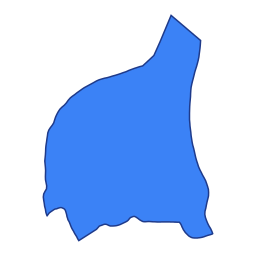 Nisab, Shabwah, Yemen (Natural Earth projection)
{"feature_id": "15242507B68873122709220", "entity_name": "Nisab", "entity_type": "district", "adm_level": 2, "iso_a3": "YEM", "parent_name": "Yemen", "parent_adm1": "Shabwah", "projection": "natural_earth1", "projection_center": [46.477, 14.534], "detail": "fine", "context": "isolated", "style": "filled", "palette": "blue", "viewbox_px": 256, "rotation_deg": 0, "n_neighbors": 0, "source": "geoboundaries", "source_scale": "gbopen_adm2", "svg_char_len": 3443}
<svg xmlns="http://www.w3.org/2000/svg" viewBox="0 0 256 256"><path d="M78.8,240.6L96.5,229.3L99.4,226.0L99.8,225.9L101.3,225.4L102.4,225.0L103.6,224.5L104.9,224.2L106.0,224.3L107.1,224.6L108.1,225.1L109.2,225.6L110.4,226.0L111.7,226.0L112.9,226.0L114.2,225.9L115.4,225.8L116.7,225.6L117.8,225.3L118.8,225.0L120.0,224.6L121.3,224.0L122.6,223.4L123.8,222.8L124.9,222.3L126.1,221.7L127.3,221.0L128.3,220.1L129.0,219.2L129.8,218.2L130.8,217.4L131.9,217.0L133.1,216.5L134.4,216.4L135.5,216.8L136.6,217.5L137.8,218.3L138.8,219.1L139.8,219.9L140.9,220.5L141.9,221.1L143.1,221.6L144.2,221.7L145.7,221.7L147.0,221.6L148.1,221.5L149.2,221.5L150.6,221.6L151.8,221.7L153.1,221.8L154.5,221.8L156.2,221.9L157.4,222.0L158.8,222.0L160.4,222.0L161.7,221.9L163.1,221.9L164.3,221.9L165.5,221.9L166.6,221.9L167.8,221.9L169.3,221.9L170.8,222.0L172.2,222.0L173.4,222.0L174.7,222.1L175.8,222.1L177.1,222.2L178.2,222.2L179.3,222.2L180.1,223.1L180.9,224.3L181.5,225.6L182.0,226.9L182.7,228.2L183.3,229.6L184.1,230.7L184.8,231.8L185.5,232.7L186.4,233.6L187.3,234.5L188.2,235.4L189.1,236.2L190.0,236.7L191.1,237.3L192.2,237.7L193.4,237.9L194.8,238.0L196.1,238.0L197.4,238.0L198.6,237.8L199.7,237.7L200.9,237.5L202.0,237.3L203.1,237.0L204.1,236.7L205.4,236.2L206.6,235.8L207.7,235.4L208.8,235.1L209.9,234.8L211.2,234.4L212.5,233.9L212.7,233.6L211.9,231.4L210.6,228.6L209.0,226.0L207.7,223.4L206.5,220.5L205.4,217.4L204.8,214.3L205.0,211.2L205.8,208.2L206.4,205.0L207.0,202.1L207.8,198.9L208.5,195.9L208.6,192.5L208.4,189.4L207.6,186.5L206.6,183.5L205.6,180.7L204.2,178.0L203.2,176.2L202.6,175.2L201.2,172.3L199.8,169.6L198.5,166.6L197.6,163.7L196.6,160.7L195.7,157.5L195.0,154.4L194.3,151.2L193.6,148.2L192.7,145.0L192.1,142.0L191.6,138.8L191.1,135.6L190.8,132.2L190.4,129.1L190.0,126.0L189.8,123.0L189.5,119.7L189.5,116.4L189.5,113.1L189.6,109.7L189.7,106.6L189.9,103.4L190.2,100.1L190.5,96.8L190.6,93.6L190.8,90.4L191.1,87.4L191.8,84.0L192.5,81.1L193.3,78.1L194.1,74.9L194.8,72.0L195.7,69.1L196.6,66.3L197.4,63.4L198.2,60.3L198.8,57.4L198.9,56.9L199.2,54.3L199.6,51.3L200.0,48.2L200.3,45.0L200.5,42.0L200.6,40.5L188.6,30.3L171.1,15.4L160.0,41.9L153.9,55.5L142.7,65.9L139.5,66.7L136.8,67.6L134.3,68.4L131.6,69.4L128.9,70.4L126.1,71.7L123.3,72.6L120.6,73.6L117.9,74.5L115.3,75.3L112.7,76.0L109.9,76.9L107.1,77.7L104.5,78.2L101.7,79.0L99.1,79.8L96.4,81.0L93.8,82.5L91.4,83.8L89.0,85.1L86.6,86.4L84.2,87.7L81.7,89.4L79.2,91.2L76.8,92.9L74.7,94.6L72.4,96.2L70.3,97.9L68.2,100.3L66.3,103.0L64.3,105.2L61.9,107.2L59.9,109.2L58.2,111.8L56.8,114.4L55.6,117.0L54.6,120.0L53.7,122.9L52.2,125.3L50.4,127.6L48.8,130.1L47.8,132.9L47.4,136.0L46.9,139.1L46.5,142.2L46.0,145.4L45.7,148.5L45.6,151.6L45.4,154.9L45.1,157.9L44.8,161.0L45.1,164.2L45.4,167.3L45.6,170.4L45.5,173.5L45.4,176.7L45.5,179.8L46.1,182.8L46.7,185.9L46.5,188.9L45.0,191.4L43.7,194.0L43.3,197.0L43.7,200.2L44.2,203.1L44.6,206.2L45.4,209.2L45.9,212.4L46.8,215.2L47.1,215.7L48.0,214.6L48.7,213.6L49.5,212.7L50.5,212.0L51.4,211.3L52.4,210.7L53.5,209.9L54.5,209.3L55.6,208.9L56.7,208.8L57.8,208.3L59.1,207.9L60.2,207.6L61.4,207.6L62.5,208.0L63.5,208.5L64.5,209.1L65.2,210.1L65.7,211.4L66.1,212.7L66.5,214.1L66.8,215.4L67.0,216.7L67.5,218.0L67.8,219.2L68.3,220.4L69.1,221.6L69.7,223.1L70.2,224.3L70.6,225.5L71.1,226.7L71.3,227.2L71.6,227.9L72.2,229.0L72.9,230.2L73.6,231.3L74.1,232.4L74.8,233.7L75.5,234.8L76.2,235.9L76.9,237.1L77.4,238.2L78.1,239.5L78.8,240.6Z" fill="#3b82f6" stroke="#1e3a8a" stroke-width="1.5"/></svg>